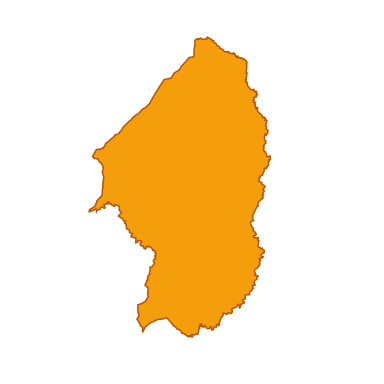 the district of El Copey, Cesar, Colombia, rotated 150°
{"feature_id": "7082276B6565875231933", "entity_name": "El Copey", "entity_type": "district", "adm_level": 2, "iso_a3": "COL", "parent_name": "Colombia", "parent_adm1": "Cesar", "projection": "mercator", "projection_center": [-73.955, 10.203], "detail": "fine", "context": "isolated", "style": "filled", "palette": "amber", "viewbox_px": 384, "rotation_deg": 150, "n_neighbors": 0, "source": "geoboundaries", "source_scale": "gbopen_adm2", "svg_char_len": 5928}
<svg xmlns="http://www.w3.org/2000/svg" viewBox="0 0 384 384"><g transform="rotate(150 192 192)"><path d="M86.2,291.2L86.6,291.8L87.7,291.4L88.6,291.7L89.7,294.0L90.6,294.2L90.3,295.1L90.7,295.7L92.6,296.4L94.0,297.8L93.8,299.6L95.8,302.2L95.5,303.7L97.2,306.7L96.8,308.1L98.4,311.7L97.8,312.3L98.8,312.7L98.7,314.4L100.2,316.4L100.9,318.3L101.6,318.2L102.3,317.2L103.1,317.9L104.4,317.8L106.7,318.9L107.2,320.8L109.9,320.8L109.9,321.8L112.5,322.1L113.9,321.6L114.8,319.4L119.0,314.3L122.4,308.6L123.4,308.4L127.2,309.9L138.6,306.0L141.2,304.5L142.8,304.0L147.8,304.0L153.1,301.1L160.0,303.3L173.5,296.3L185.2,289.5L187.6,289.1L189.0,288.4L193.4,288.5L199.2,286.6L201.4,286.8L206.5,285.9L209.0,284.8L211.1,284.7L219.6,282.5L221.7,280.9L224.6,280.1L225.8,279.2L227.4,279.2L229.8,280.0L233.1,278.6L235.6,278.4L239.4,277.4L242.5,277.4L243.5,276.2L247.4,274.3L247.8,274.9L250.7,274.8L250.8,275.3L252.9,276.4L254.1,276.3L260.4,272.4L259.6,269.7L257.0,267.7L257.2,265.4L256.1,261.5L256.8,257.1L259.9,253.9L259.8,252.6L260.6,251.1L260.8,249.1L265.7,243.2L266.0,241.1L267.1,240.7L271.6,234.1L278.4,232.0L282.9,228.4L285.2,228.0L289.5,227.9L291.0,226.4L289.5,225.8L283.6,225.4L284.5,223.0L283.6,223.7L280.2,223.0L278.8,224.0L277.9,224.1L277.0,223.5L276.3,221.9L275.7,221.6L275.1,221.8L274.5,225.2L273.0,224.5L271.6,224.4L270.7,223.7L270.2,224.3L270.6,225.4L269.8,225.6L269.0,225.0L268.9,222.3L268.0,222.2L267.9,221.0L266.7,218.3L266.2,218.2L265.3,219.4L264.7,219.4L262.2,216.2L263.1,213.9L263.9,213.3L263.9,211.0L263.3,210.0L263.8,208.8L265.9,208.8L267.8,208.0L265.6,203.4L265.3,202.2L265.8,201.3L264.2,200.1L264.6,199.4L266.0,198.5L265.2,197.0L267.1,192.9L266.1,191.2L265.2,190.6L266.4,188.0L264.8,186.4L264.4,185.4L267.0,184.4L267.1,183.5L264.7,181.1L263.6,180.8L264.5,178.4L266.2,176.2L264.0,175.7L263.0,176.8L261.4,175.9L260.3,174.5L260.7,173.7L262.6,173.6L262.6,172.2L263.3,171.7L262.9,170.8L261.1,169.5L261.7,168.0L261.6,166.7L260.4,165.9L258.9,167.5L258.3,166.9L257.0,167.0L256.9,166.0L255.4,165.3L254.8,161.5L255.3,161.0L253.7,160.1L253.6,159.1L254.5,158.0L253.9,157.1L254.6,155.7L256.4,155.3L256.2,154.2L256.7,152.6L258.0,152.8L260.1,151.6L260.1,149.1L263.7,147.3L266.0,147.9L267.0,145.8L269.1,143.6L269.6,142.0L271.5,141.7L273.4,139.9L274.3,138.1L275.5,138.1L276.0,137.1L278.8,135.3L279.3,134.4L278.0,130.6L280.4,127.4L280.5,126.5L281.6,125.9L281.9,123.6L287.0,120.6L291.9,120.6L295.1,121.4L297.0,118.6L299.0,114.6L299.0,113.2L300.0,111.1L303.2,109.4L303.1,103.1L303.6,102.1L302.5,99.6L303.0,98.1L304.4,96.7L304.5,95.5L299.6,98.6L293.9,99.5L285.4,98.7L280.5,96.5L277.3,96.1L276.6,95.2L275.4,89.5L274.8,85.0L273.5,83.2L273.7,81.4L271.4,78.1L271.0,76.1L271.5,74.7L270.0,73.5L267.7,68.6L266.8,68.9L265.8,67.5L264.9,68.3L264.6,66.6L264.2,66.3L263.4,66.7L263.7,68.2L263.0,68.6L261.2,66.9L259.1,67.0L258.2,66.0L255.6,68.3L255.0,69.6L253.6,70.0L253.7,71.3L252.6,71.4L251.7,73.1L250.6,73.3L249.8,72.8L249.7,72.0L251.7,71.4L251.7,71.0L250.4,70.3L249.4,69.0L248.6,69.8L247.5,69.6L247.4,66.4L245.0,64.9L243.3,66.1L242.8,66.0L243.8,62.9L242.9,61.9L240.5,63.7L239.2,63.5L238.1,62.8L237.0,65.0L236.0,64.5L235.6,63.1L234.8,63.0L234.6,64.2L231.3,67.2L229.5,68.6L227.7,68.9L226.6,69.7L225.9,71.5L224.9,71.3L223.1,68.5L222.3,68.4L222.0,69.2L220.9,69.3L220.2,68.8L219.9,67.7L219.0,67.2L217.2,67.8L216.4,69.2L216.3,70.6L215.8,70.9L210.8,70.1L208.2,71.7L207.8,71.0L208.8,68.2L208.6,67.7L206.8,68.8L205.8,70.3L202.1,69.7L201.7,70.8L202.4,71.9L202.3,73.3L199.6,72.8L198.9,73.5L198.0,75.6L197.1,76.1L193.5,74.3L192.8,75.7L191.6,76.9L189.7,76.7L188.2,77.8L187.0,77.8L186.6,80.5L186.1,80.9L184.0,79.9L183.3,81.7L183.4,82.9L182.0,84.0L179.6,83.9L178.7,85.5L176.9,85.9L177.1,86.7L179.2,88.4L177.7,89.4L177.8,91.4L176.9,92.9L175.9,93.4L172.7,93.6L171.6,94.8L170.7,94.6L170.0,95.0L169.1,95.7L168.4,98.2L166.8,98.3L167.2,100.6L164.6,99.8L162.9,100.1L162.6,100.7L164.2,101.4L163.8,103.0L161.6,103.7L160.6,103.0L158.5,105.1L159.5,106.7L159.2,108.2L161.0,108.5L160.6,109.7L161.9,110.9L162.3,111.9L158.5,116.2L159.3,118.0L157.4,118.7L158.0,119.9L160.9,121.2L161.0,122.0L160.6,123.2L158.6,122.7L157.5,123.3L157.2,125.1L158.3,128.0L156.9,130.3L157.6,132.2L157.1,135.5L156.0,136.9L153.0,136.4L153.0,138.3L150.6,141.8L143.2,146.7L141.7,146.7L141.4,148.1L139.3,150.1L133.5,151.3L133.0,152.1L133.0,153.2L131.6,153.8L132.1,154.8L128.8,156.8L129.3,157.9L128.8,158.9L125.9,160.1L126.3,161.6L127.6,163.3L126.8,164.7L127.8,166.6L128.6,167.2L127.1,170.6L125.5,170.6L124.7,171.8L122.6,171.3L120.2,173.5L119.0,174.0L117.7,176.3L117.1,176.1L116.5,175.2L115.4,175.3L115.1,176.5L113.8,176.2L111.8,177.4L111.6,178.7L110.4,180.0L109.1,180.3L109.0,181.4L107.6,181.2L106.4,184.0L107.0,184.6L108.8,184.5L109.5,185.6L108.7,187.3L108.8,189.3L108.3,190.0L109.3,191.3L108.7,192.3L108.7,193.3L107.4,194.3L107.4,195.9L106.3,196.0L105.8,197.0L103.5,197.5L103.5,198.6L102.4,199.4L103.1,200.8L102.4,202.5L100.7,204.6L99.6,204.2L99.6,205.5L98.4,204.7L96.8,205.3L96.3,206.5L95.4,207.1L96.2,209.6L94.8,211.1L95.0,212.2L94.6,213.1L93.4,214.7L91.6,216.0L91.4,216.7L91.7,217.3L92.9,217.8L91.9,218.3L91.6,219.9L92.7,221.1L93.6,221.1L93.1,221.9L93.4,225.0L94.7,228.4L94.4,231.1L93.1,231.8L93.3,232.4L94.9,232.9L94.1,233.9L94.4,235.4L93.2,236.2L93.5,237.6L92.3,238.0L93.5,239.0L93.3,240.7L92.1,240.8L92.2,241.4L91.5,241.9L91.3,243.0L90.1,243.0L89.1,242.2L88.3,242.5L88.4,243.4L86.7,243.5L86.6,245.2L85.9,246.5L86.1,247.0L86.9,246.7L87.8,247.6L87.5,248.5L87.0,248.7L87.1,250.0L88.3,250.0L89.8,251.3L90.7,256.3L90.3,257.8L89.5,258.6L90.0,259.9L89.7,260.5L90.5,260.9L89.5,261.9L88.9,262.0L89.2,263.0L88.0,263.5L88.3,264.1L86.6,265.0L85.8,266.9L84.7,267.3L85.3,268.1L84.8,269.4L82.5,272.1L80.6,275.6L80.7,276.2L79.8,276.4L79.5,277.2L79.7,279.2L80.6,280.6L80.4,281.1L81.0,281.4L81.3,282.6L82.3,282.9L82.5,283.7L83.9,284.5L84.3,285.8L84.9,285.8L84.3,286.5L85.0,287.2L86.3,286.8L86.4,287.8L86.0,288.8L86.4,289.6L85.8,289.9L86.4,290.5L86.2,291.2Z" fill="#f59e0b" stroke="#b45309" stroke-width="1.5"/></g></svg>